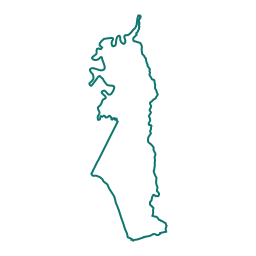 the district of The Hills, New South Wales, Australia
{"feature_id": "25037944B61801605957585", "entity_name": "The Hills", "entity_type": "district", "adm_level": 2, "iso_a3": "AUS", "parent_name": "Australia", "parent_adm1": "New South Wales", "projection": "equal_earth", "projection_center": [150.977, -33.576], "detail": "fine", "context": "isolated", "style": "outline", "palette": "teal", "viewbox_px": 256, "rotation_deg": 0, "n_neighbors": 0, "source": "geoboundaries", "source_scale": "gbopen_adm2", "svg_char_len": 5765}
<svg xmlns="http://www.w3.org/2000/svg" viewBox="0 0 256 256"><path d="M127.7,237.2L131.6,238.9L131.4,239.8L132.5,240.0L133.1,240.6L133.8,240.0L137.6,239.4L144.7,237.0L144.6,236.9L149.7,235.9L150.8,235.5L152.7,234.3L153.4,234.1L154.2,234.0L154.9,234.1L157.0,235.1L157.7,235.1L158.3,235.0L159.0,234.6L160.0,233.8L160.2,233.7L160.1,233.0L166.2,231.7L166.0,230.6L165.6,229.2L165.6,228.9L165.7,228.4L166.2,227.4L166.3,226.3L166.6,225.7L166.2,225.1L165.9,223.9L165.7,223.4L165.3,223.0L164.9,222.7L163.6,222.2L162.5,221.3L161.1,220.9L160.4,220.2L160.2,220.1L159.2,220.0L157.5,217.7L156.8,217.0L156.0,216.7L155.3,216.7L152.4,215.8L152.9,214.4L153.1,213.5L153.2,211.6L153.0,210.4L153.4,208.4L153.4,208.0L153.2,207.6L152.2,206.8L151.6,205.9L150.4,205.3L150.2,204.8L150.0,204.1L150.0,202.5L150.1,202.0L150.3,201.6L151.1,201.1L151.4,200.7L152.2,196.9L152.9,195.6L153.3,195.0L153.6,194.8L154.0,194.9L154.5,195.2L155.3,195.9L155.6,196.1L158.2,196.1L158.3,196.0L158.6,195.6L159.0,194.7L159.1,194.0L159.0,193.6L158.5,192.8L158.0,192.1L157.2,191.5L157.0,191.2L157.1,189.5L157.4,188.1L157.4,186.9L156.7,185.5L156.1,182.6L156.1,181.9L156.3,181.0L156.2,179.4L156.5,177.9L156.1,177.1L155.3,175.7L154.7,174.2L154.1,172.9L153.7,171.0L153.7,170.6L154.3,169.7L154.4,167.9L154.8,166.1L154.8,165.0L154.7,162.9L155.0,160.5L155.0,160.0L154.6,157.4L154.7,156.9L155.2,155.6L155.4,154.5L155.4,153.7L153.5,149.8L153.4,149.4L153.7,148.1L153.5,147.2L151.6,144.9L148.4,142.2L148.1,141.5L148.0,140.2L148.2,137.6L149.6,135.3L150.5,134.1L150.8,133.5L150.8,133.2L150.8,132.8L150.2,131.9L150.1,131.3L150.2,130.7L151.0,129.3L151.1,128.8L150.9,128.0L150.9,127.5L151.5,126.1L151.4,125.8L151.2,125.4L150.8,125.2L149.2,124.9L148.9,124.6L148.7,124.1L148.8,123.3L150.1,120.7L150.2,120.3L149.9,118.4L149.1,116.7L149.0,116.2L149.0,115.9L149.5,114.9L150.7,113.1L150.9,112.5L150.8,112.1L149.6,110.3L149.6,109.9L149.7,109.4L150.4,108.5L151.1,106.5L151.1,106.1L150.3,104.3L150.0,103.3L150.0,102.9L150.2,102.5L150.5,102.3L152.4,100.8L153.3,99.7L154.9,98.8L155.7,98.2L156.3,96.8L157.4,95.3L157.7,94.7L157.7,94.4L157.5,93.8L156.9,92.8L156.5,90.9L155.2,88.6L155.1,88.1L155.0,87.4L155.2,84.7L154.5,82.2L154.4,81.8L154.5,80.8L154.3,80.3L154.1,80.0L153.7,79.7L152.5,79.6L152.0,79.3L151.3,77.9L149.6,75.3L149.5,74.9L149.5,74.2L149.9,73.1L150.0,72.6L150.0,72.3L149.6,71.4L149.5,71.0L149.5,70.7L149.8,69.6L149.7,68.9L149.5,68.5L149.1,68.2L148.8,67.5L148.0,66.6L147.4,65.4L147.4,65.1L147.6,64.6L147.0,63.5L146.5,62.0L146.1,60.5L145.9,58.5L144.8,57.4L144.4,56.3L142.9,54.6L142.3,54.1L142.2,53.9L142.2,53.5L142.1,53.0L141.9,52.1L141.6,49.4L141.9,46.6L141.1,44.1L140.5,43.6L140.2,43.0L139.9,42.8L138.5,42.4L136.8,42.0L135.2,41.3L134.4,41.4L134.2,41.3L133.5,40.6L133.3,40.2L133.2,39.2L133.6,37.7L133.9,37.4L135.0,36.4L135.8,35.5L136.6,34.9L136.6,34.5L136.2,33.7L136.3,33.2L137.0,32.6L137.9,31.4L138.0,31.1L138.1,30.4L138.7,29.6L139.1,28.9L139.1,28.6L138.9,27.6L139.0,27.4L139.4,27.0L139.5,26.7L139.1,26.1L138.8,25.1L138.9,24.9L139.4,24.3L139.3,23.7L139.0,23.4L139.4,22.8L138.9,21.9L139.0,20.8L138.8,20.8L138.4,21.0L139.0,20.1L138.9,19.9L139.1,19.6L140.5,17.8L139.9,16.7L140.5,16.2L139.7,15.4L138.3,15.6L137.4,18.5L136.6,24.8L135.3,28.0L133.4,29.6L131.8,31.7L130.0,33.6L128.6,34.8L127.3,35.2L125.9,35.1L124.6,35.7L124.3,37.4L124.8,38.7L125.3,40.4L125.3,42.2L124.5,43.5L123.5,43.9L122.3,43.2L121.1,42.0L120.3,40.1L120.2,37.3L119.5,35.8L118.4,35.9L117.1,37.2L116.3,39.5L115.8,44.0L115.3,45.4L114.3,46.0L113.1,46.3L112.4,45.9L111.7,44.4L111.6,42.7L112.2,40.8L113.0,39.5L112.9,38.3L111.9,37.9L107.2,38.4L104.0,38.9L101.6,41.0L99.8,43.3L99.6,45.1L100.6,46.3L102.1,47.4L101.6,48.3L100.8,49.2L99.6,48.8L98.5,48.4L97.0,49.0L96.6,50.3L96.6,53.1L96.2,54.2L92.6,57.0L92.0,57.9L92.4,58.8L93.4,59.6L94.8,59.9L95.8,60.0L97.4,59.7L98.8,58.9L99.8,57.9L100.9,57.1L101.7,57.3L102.1,58.4L102.3,59.7L103.8,63.7L104.5,65.8L104.7,67.4L104.5,68.8L103.8,69.6L102.5,70.2L100.8,70.4L99.0,69.9L93.7,68.3L92.4,68.1L90.9,68.6L90.0,69.4L90.0,70.5L90.8,72.0L92.8,74.4L93.2,75.4L93.5,77.1L93.3,79.1L92.4,80.4L89.4,83.4L89.5,84.2L89.8,84.8L90.3,85.4L90.9,85.8L91.6,85.5L92.4,84.7L93.7,82.8L95.0,81.2L98.2,76.8L98.9,76.3L99.7,76.0L100.8,77.0L101.6,77.8L102.3,78.4L102.8,78.7L103.3,79.8L104.3,81.4L106.8,84.7L107.7,85.1L108.9,85.5L111.7,85.6L113.3,85.9L114.0,86.5L114.3,87.5L113.8,89.5L113.0,91.2L112.2,92.6L110.7,94.3L109.6,94.6L108.7,94.6L107.9,94.1L107.1,93.0L104.7,90.7L103.9,90.6L102.2,91.3L101.8,91.8L101.7,92.5L102.3,93.5L103.2,94.4L104.9,95.8L105.4,96.5L105.8,97.6L105.3,98.4L103.4,99.4L102.7,100.0L102.2,101.1L101.9,102.2L100.6,104.9L99.0,106.5L98.2,107.0L97.9,107.8L97.9,108.7L98.3,109.8L99.1,111.2L99.5,112.4L99.4,113.4L99.0,114.5L97.8,116.2L97.7,118.3L98.0,119.7L99.0,119.8L99.8,119.4L100.1,118.6L100.4,116.8L100.8,116.2L101.9,116.6L102.2,116.7L102.5,116.6L103.6,115.8L104.1,115.7L104.5,115.9L104.9,116.3L105.6,117.3L105.9,117.5L106.3,117.5L107.8,117.0L109.1,115.9L109.5,115.8L109.9,116.0L110.6,116.9L111.2,117.3L111.4,117.9L111.4,119.0L111.6,119.3L111.8,119.5L112.1,119.6L112.4,119.5L113.3,118.4L113.7,118.1L114.2,118.1L114.5,118.3L114.6,118.5L114.5,119.2L114.7,119.5L115.0,119.7L115.4,119.6L115.6,118.8L115.8,118.6L116.3,118.6L116.6,118.7L116.7,119.1L116.8,119.6L116.8,120.5L116.8,120.8L117.2,121.2L117.7,121.6L112.2,132.6L110.8,135.3L101.0,154.9L98.8,159.3L96.9,162.6L95.6,165.4L95.0,166.3L94.6,167.5L92.9,170.6L92.9,171.0L91.5,173.6L91.4,173.8L92.0,174.9L92.7,175.6L93.4,175.8L95.6,175.7L96.2,175.7L98.9,176.7L100.2,177.4L102.0,178.9L102.6,179.6L103.4,181.1L103.9,181.7L105.1,182.7L106.6,183.7L107.5,184.6L108.5,187.2L109.4,188.9L113.7,195.6L114.3,196.7L115.4,200.7L115.7,202.3L115.9,203.0L116.6,204.5L118.7,209.9L121.7,219.2L123.1,222.9L124.7,228.1L125.4,229.9L127.0,233.6L127.5,235.8L127.7,237.2Z" fill="none" stroke="#0f766e" stroke-width="2"/></svg>